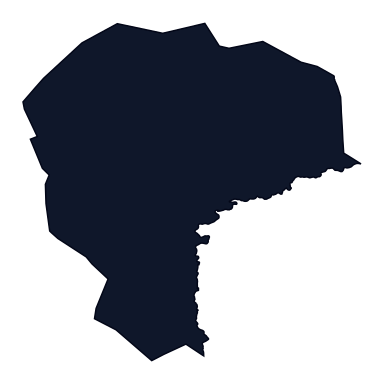 Saixan, Bulgan, Mongolia (Robinson projection)
{"feature_id": "93677404B96562605257028", "entity_name": "Saixan", "entity_type": "district", "adm_level": 2, "iso_a3": "MNG", "parent_name": "Mongolia", "parent_adm1": "Bulgan", "projection": "robinson", "projection_center": [102.704, 48.597], "detail": "fine", "context": "isolated", "style": "filled", "palette": "ink", "viewbox_px": 384, "rotation_deg": 0, "n_neighbors": 0, "source": "geoboundaries", "source_scale": "gbopen_adm2", "svg_char_len": 6043}
<svg xmlns="http://www.w3.org/2000/svg" viewBox="0 0 384 384"><path d="M23.0,101.9L24.4,109.1L37.3,136.5L30.4,139.2L42.4,168.3L49.2,175.0L45.4,184.3L46.0,203.6L49.7,231.0L51.3,232.6L57.9,238.5L86.2,256.9L92.0,263.9L108.1,279.0L96.1,308.4L94.5,318.7L116.0,329.8L151.7,360.6L163.9,354.3L185.9,344.1L203.7,355.9L203.6,352.8L203.3,351.2L202.6,350.1L202.6,349.8L203.1,348.7L203.1,348.0L202.9,347.1L203.1,346.5L203.1,346.1L202.4,344.5L202.3,343.8L202.4,343.2L202.6,342.8L203.0,342.5L203.5,342.2L205.7,341.2L207.8,339.8L208.5,339.2L208.5,338.7L208.2,338.2L207.2,337.2L206.4,336.0L206.1,335.7L204.2,334.3L204.0,334.0L203.9,333.7L204.0,332.2L203.9,331.6L203.7,331.3L203.0,330.7L202.5,330.4L200.2,329.6L199.0,328.9L198.4,328.4L197.7,327.5L196.8,325.6L197.7,324.2L197.7,323.6L197.3,322.9L195.7,321.1L195.7,320.8L195.7,320.1L196.1,319.2L196.5,318.6L196.4,315.7L196.7,315.2L196.9,313.9L197.4,312.9L197.4,312.6L197.1,311.4L197.2,311.1L197.8,310.7L198.0,310.4L198.0,310.1L197.8,309.9L197.5,309.7L196.9,309.6L196.6,309.4L196.6,309.2L196.8,308.3L197.0,308.0L197.1,307.3L197.3,306.5L197.0,304.8L196.8,304.4L196.2,304.0L195.8,303.0L194.6,302.1L194.1,301.3L194.1,301.0L194.8,299.6L194.9,299.4L194.9,299.1L194.6,298.1L194.5,296.9L194.0,296.3L194.0,294.9L194.3,293.7L195.3,292.1L195.7,291.5L196.4,291.0L198.1,290.5L198.3,290.4L198.5,290.2L198.5,289.7L198.4,288.7L198.5,288.5L198.5,288.2L198.4,288.0L198.0,288.0L197.2,288.5L197.1,288.3L197.4,287.8L197.3,284.3L197.3,282.6L197.5,281.9L197.3,279.7L197.2,279.2L196.5,278.0L196.5,277.5L196.5,277.1L196.7,276.5L197.2,275.6L197.4,274.9L197.6,274.6L197.9,274.3L198.1,273.7L198.0,273.0L197.8,272.6L196.8,271.7L196.7,271.1L196.7,270.9L197.0,270.7L197.2,270.4L197.5,269.2L197.6,268.8L197.6,268.5L197.8,267.8L197.8,267.3L197.9,266.0L197.7,265.3L197.8,264.8L198.0,264.5L198.2,264.3L198.6,264.3L198.7,264.8L198.9,264.8L199.0,264.7L199.1,263.7L199.4,263.1L199.4,262.7L199.4,262.3L199.2,262.1L198.6,261.9L197.2,261.7L196.8,261.2L196.9,260.6L197.0,260.3L197.7,259.2L198.3,258.6L198.7,258.0L198.7,257.6L198.4,256.6L198.1,256.3L197.6,256.2L195.6,255.9L195.4,255.8L195.3,255.6L195.2,255.3L195.3,254.7L196.1,253.7L196.3,253.1L196.8,251.0L196.8,250.6L196.6,250.1L196.6,249.3L196.4,249.0L195.8,248.4L195.6,248.1L195.6,247.5L195.6,246.9L196.1,245.8L196.5,245.5L198.6,244.5L199.8,243.7L200.7,243.2L201.5,243.1L202.4,243.1L204.0,243.4L205.7,243.8L206.3,243.8L206.8,243.7L207.2,243.4L208.1,242.2L208.2,241.8L208.2,240.0L208.3,239.7L208.9,239.0L208.9,238.5L209.3,237.5L209.4,237.0L209.3,236.5L209.0,236.1L208.7,235.9L208.3,235.8L206.8,236.0L205.2,235.9L204.6,236.0L203.6,236.6L201.8,237.3L201.4,237.4L200.9,237.3L200.4,237.1L199.9,236.7L199.6,236.3L199.5,235.7L199.3,235.5L197.0,233.3L195.6,232.5L195.2,232.1L195.0,231.5L195.1,230.5L195.7,229.9L197.0,229.2L197.9,228.4L198.3,227.8L198.5,226.9L198.5,226.5L198.3,225.5L198.5,224.8L198.8,224.4L199.1,224.2L199.5,224.0L200.2,223.9L200.6,223.9L202.2,224.2L202.7,224.1L204.2,223.6L205.2,223.5L206.5,223.6L207.2,224.0L208.3,224.1L209.0,223.9L210.5,223.1L213.6,221.9L214.2,221.6L216.2,219.9L218.6,218.3L219.0,217.4L219.0,216.1L218.7,215.2L218.4,214.9L216.7,213.8L215.9,213.0L215.6,212.8L215.3,212.7L215.1,212.5L215.0,212.1L215.1,211.6L215.3,211.1L215.7,210.7L216.3,210.3L217.0,210.2L218.9,210.5L219.1,210.6L218.6,210.9L217.2,211.1L217.6,211.2L218.9,211.2L220.2,211.0L221.7,210.6L223.5,210.1L224.4,209.6L225.1,209.4L226.3,209.4L227.0,209.5L227.3,209.7L229.4,209.8L229.9,209.4L231.3,209.0L231.7,208.6L232.1,208.0L232.4,207.3L232.5,206.8L232.4,205.4L232.6,205.1L233.2,204.6L233.9,204.2L234.5,204.2L236.4,204.3L236.6,204.2L236.8,203.8L236.9,203.5L236.8,203.1L236.2,202.3L235.8,202.1L235.4,202.0L234.3,202.0L233.3,202.3L232.3,202.4L231.5,202.1L229.7,202.0L229.4,201.8L229.4,201.6L229.4,201.3L229.8,201.0L234.3,199.1L235.5,199.1L236.7,199.3L237.5,199.6L237.9,199.6L238.6,199.6L239.0,199.4L240.5,200.0L241.3,200.6L242.6,200.6L244.3,201.2L245.5,201.3L246.4,201.2L247.2,201.0L247.8,200.6L249.3,199.2L250.3,198.8L252.1,199.0L253.4,199.0L254.3,198.8L255.4,198.3L256.0,197.7L256.5,197.0L256.8,196.7L257.3,196.3L257.6,196.2L258.3,196.9L258.9,197.3L259.5,197.6L260.1,197.7L261.0,197.5L262.3,197.7L262.9,197.9L264.2,199.0L264.5,199.2L266.2,199.2L267.1,198.9L267.9,198.4L269.9,197.6L270.6,197.1L271.0,196.7L271.3,195.6L272.0,194.9L272.4,194.7L273.0,194.7L273.4,194.9L273.8,194.9L274.5,194.5L275.5,194.3L276.6,193.6L277.2,193.1L277.5,192.9L278.2,192.8L278.7,192.9L280.7,194.1L281.5,194.1L282.0,193.9L282.2,192.8L282.6,191.9L282.8,190.8L283.0,190.5L284.4,189.8L284.7,189.3L285.2,188.8L286.1,188.2L286.5,188.1L287.0,188.6L287.1,188.9L287.4,189.4L288.8,190.1L289.6,190.1L290.1,189.8L291.2,188.3L291.2,187.9L290.4,187.2L290.3,186.9L290.3,186.0L290.0,185.7L290.1,184.8L289.8,184.0L289.8,183.8L290.0,183.4L290.2,183.1L290.5,182.9L291.4,182.7L291.8,182.6L292.5,181.6L292.6,180.9L293.2,180.3L293.8,179.8L294.2,179.0L294.8,178.1L296.5,176.9L297.1,176.7L298.0,176.4L298.6,176.4L300.5,177.1L302.7,176.9L303.7,177.2L304.8,177.2L305.7,177.0L306.8,176.9L308.0,177.2L309.2,177.7L309.9,177.8L312.5,177.1L313.7,177.0L314.1,177.1L314.9,177.6L315.6,177.8L316.4,177.6L317.6,176.8L318.1,176.7L319.3,176.7L319.9,176.5L320.7,175.8L321.1,175.1L321.2,174.7L320.8,174.0L320.8,173.7L321.2,172.7L321.5,172.4L322.2,172.2L324.2,171.7L324.9,171.5L325.4,171.2L326.5,169.8L327.1,168.8L327.6,168.5L328.5,168.4L329.2,168.5L331.1,168.1L332.7,168.1L332.9,168.2L334.6,169.9L334.9,170.2L335.5,170.3L336.0,170.3L337.8,170.4L340.8,171.6L341.9,171.6L342.3,171.3L343.3,170.1L343.5,169.5L343.7,168.5L343.9,168.1L344.7,167.6L345.7,167.6L346.8,167.9L347.3,167.9L349.1,167.6L351.2,166.8L352.0,166.1L352.8,165.3L353.7,164.6L355.8,163.7L356.7,163.5L358.1,163.4L358.7,163.5L361.0,163.9L343.7,153.1L342.8,139.6L342.4,130.5L341.8,120.1L341.3,112.3L341.1,106.3L340.6,97.0L337.5,86.8L334.8,80.6L334.7,79.7L334.1,78.7L334.1,78.3L334.2,77.6L334.2,76.6L333.7,75.7L333.2,75.5L317.2,66.5L301.0,62.2L270.0,45.4L262.8,41.5L229.0,48.3L219.3,46.1L204.8,23.4L162.7,33.3L117.3,23.7L82.0,42.9L43.6,78.3L35.1,87.9L23.0,101.9Z" fill="#0f172a" stroke="#020617" stroke-width="1.5"/></svg>